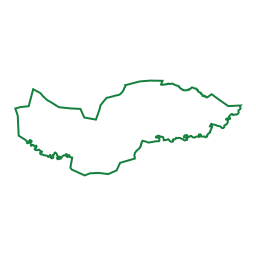 Orxon, Bulgan, Mongolia (Equal Earth projection)
{"feature_id": "93677404B53654733143860", "entity_name": "Orxon", "entity_type": "district", "adm_level": 2, "iso_a3": "MNG", "parent_name": "Mongolia", "parent_adm1": "Bulgan", "projection": "equal_earth", "projection_center": [103.912, 48.721], "detail": "fine", "context": "isolated", "style": "outline", "palette": "green", "viewbox_px": 256, "rotation_deg": 0, "n_neighbors": 0, "source": "geoboundaries", "source_scale": "gbopen_adm2", "svg_char_len": 5759}
<svg xmlns="http://www.w3.org/2000/svg" viewBox="0 0 256 256"><path d="M211.6,94.2L207.4,97.3L206.6,97.4L206.0,97.0L206.0,96.7L205.7,96.6L205.3,96.3L204.6,96.4L204.5,95.9L203.8,96.0L203.2,95.7L202.9,95.8L202.9,95.5L202.6,95.5L202.6,95.0L201.8,94.5L201.6,94.3L201.4,94.2L201.3,93.8L201.0,93.7L201.0,93.3L201.1,93.1L200.8,92.8L200.3,92.9L199.9,92.4L198.3,91.7L198.2,91.2L197.9,90.7L197.6,90.5L197.5,90.3L197.3,90.2L197.4,89.9L197.0,89.8L196.9,89.2L196.2,88.8L196.0,88.5L195.2,88.6L194.0,88.1L193.7,88.1L193.2,87.7L191.9,87.4L191.7,87.7L191.2,88.0L190.5,88.8L190.2,88.8L189.5,89.1L189.1,89.5L188.9,89.5L188.8,89.8L188.4,89.5L188.0,89.6L187.8,89.8L187.6,89.8L187.2,89.9L186.7,90.3L184.6,90.3L183.6,89.9L183.0,90.2L182.3,89.7L182.1,89.3L181.5,88.9L181.3,88.9L180.6,88.4L180.1,88.2L179.9,87.7L179.6,87.3L178.8,86.8L178.7,86.5L178.8,86.3L178.2,86.1L177.4,85.6L176.7,85.6L175.5,85.1L174.5,84.6L174.0,84.5L173.7,84.2L172.8,83.9L172.4,83.7L171.7,83.6L171.2,83.7L170.8,83.9L170.6,83.8L169.7,84.0L168.9,83.9L168.6,83.7L168.1,83.6L167.4,83.9L167.4,84.1L166.3,84.4L165.8,84.3L164.9,84.6L164.2,84.4L163.0,84.8L162.4,84.6L161.5,84.8L161.0,84.6L162.5,80.8L150.3,80.6L140.0,81.4L125.2,85.2L125.4,85.8L125.4,86.2L124.9,87.3L124.2,88.1L123.9,89.5L122.2,92.2L119.9,94.4L118.0,95.2L117.2,95.2L115.9,95.5L109.2,97.3L106.5,97.9L100.6,105.1L99.3,110.2L95.9,119.6L84.3,117.5L80.4,108.9L70.4,108.4L58.9,107.2L49.8,101.5L47.7,100.5L43.2,96.5L40.4,93.1L33.2,89.2L28.7,106.2L20.4,107.1L15.4,108.5L15.6,108.9L15.6,109.6L16.7,112.4L17.8,116.0L18.0,121.4L18.7,135.7L25.6,140.0L26.4,140.9L27.1,141.4L27.1,141.9L26.9,142.7L27.3,143.2L27.6,143.2L28.6,142.8L28.7,142.3L28.6,141.5L28.7,141.3L29.1,141.3L29.6,141.5L30.1,141.5L30.3,140.9L29.9,140.3L30.0,140.1L30.5,140.2L31.5,140.9L31.6,141.1L31.7,141.5L30.7,142.6L30.5,143.1L30.6,143.8L31.0,144.5L30.9,145.3L31.0,145.6L31.3,145.8L31.6,145.7L31.9,145.6L32.0,145.1L32.2,144.9L32.9,144.8L33.4,145.1L34.1,145.6L34.3,145.9L34.4,146.3L34.8,146.6L35.1,146.5L36.1,145.7L36.3,145.7L36.5,146.5L36.3,147.3L35.9,148.0L34.8,148.8L34.7,148.9L34.7,149.3L35.5,149.9L36.3,150.2L38.1,150.0L39.2,149.7L39.7,150.4L40.2,150.8L41.9,151.5L42.0,151.8L41.7,152.3L41.1,152.4L40.3,152.8L40.1,153.1L40.1,153.6L40.4,153.9L41.6,154.6L42.8,154.6L43.8,155.2L47.0,155.7L47.5,155.9L47.8,156.6L48.3,156.9L48.7,156.9L49.1,156.7L49.3,156.3L49.9,155.1L50.3,155.0L50.7,155.5L51.1,156.4L51.0,156.7L50.6,157.1L50.7,157.6L51.4,158.2L52.4,158.3L53.0,157.9L53.3,157.2L53.3,156.3L52.9,155.4L53.0,154.9L53.9,154.5L54.7,152.8L55.4,152.6L56.7,153.9L57.0,155.0L57.5,156.1L58.1,156.4L59.6,156.8L59.9,156.9L59.9,157.2L59.8,157.3L59.1,157.6L57.6,157.6L57.1,157.9L57.0,158.2L57.2,158.7L57.5,159.1L57.9,159.1L58.8,159.1L59.4,159.0L60.1,158.6L60.9,158.5L61.9,156.9L62.6,156.1L63.7,155.4L65.0,155.5L65.2,155.3L65.5,154.7L66.1,154.1L66.5,154.2L67.4,155.0L67.4,155.6L66.8,156.5L67.1,156.9L67.6,157.0L68.2,156.7L68.4,156.5L68.4,156.0L68.3,155.4L68.7,155.2L69.3,155.2L69.5,155.6L69.6,156.5L69.8,157.0L72.2,157.6L70.4,167.5L71.6,169.5L84.6,175.4L90.2,173.3L98.7,172.9L108.2,174.1L116.6,170.4L120.1,162.8L134.8,158.6L134.7,156.5L134.4,156.1L134.3,155.5L134.4,155.0L134.8,153.8L134.8,153.3L135.1,152.6L135.9,151.7L136.5,150.8L137.1,150.5L137.5,149.9L138.5,149.2L138.8,148.7L139.1,148.5L140.0,147.5L140.2,147.2L140.1,146.9L140.6,146.5L140.7,146.1L141.1,145.1L141.0,144.9L141.0,144.1L141.5,143.6L141.5,143.2L141.6,142.7L141.8,142.3L141.9,141.8L142.3,141.4L142.5,140.8L146.2,141.7L148.5,142.6L155.3,141.4L156.9,141.2L158.8,141.3L159.0,141.1L159.5,139.8L159.4,138.8L159.2,138.3L158.7,137.9L157.9,137.7L156.3,137.5L155.9,137.4L155.9,137.2L156.0,136.9L156.2,136.6L156.7,136.4L157.5,135.9L158.5,135.7L159.1,135.8L161.0,136.9L161.8,136.7L162.7,137.0L163.1,137.2L163.4,137.9L163.7,140.1L163.9,140.4L164.3,140.3L164.9,140.0L165.7,140.1L166.3,140.0L168.1,139.2L168.5,139.4L169.8,141.0L170.9,141.7L171.4,141.8L172.3,141.7L172.9,141.5L173.1,141.1L173.2,140.8L173.2,140.4L172.8,140.0L172.9,139.6L173.7,139.3L174.5,139.4L174.9,139.3L175.2,139.0L175.7,138.7L175.9,138.0L176.1,137.8L176.7,138.1L177.3,138.0L178.0,138.1L179.0,137.8L180.2,138.1L180.7,138.3L181.3,138.7L182.5,138.9L183.2,139.6L184.5,140.4L185.1,140.4L186.0,140.0L186.7,140.0L187.2,139.6L187.3,139.0L187.1,138.6L186.3,137.9L185.3,137.4L184.5,137.4L184.1,137.3L183.9,136.7L184.0,136.3L184.7,135.5L185.2,135.2L185.8,135.1L186.2,135.1L186.4,135.3L187.0,135.2L187.4,135.4L187.5,135.7L187.1,136.2L187.1,136.4L187.3,136.7L187.8,137.0L188.3,137.1L189.4,136.8L190.2,136.1L191.2,135.9L191.4,136.0L192.1,136.8L193.2,137.4L194.5,137.6L194.9,137.5L195.3,137.1L196.1,136.7L197.4,136.4L198.8,136.9L199.3,136.8L199.5,136.5L198.9,134.9L198.9,134.6L200.3,134.4L200.8,134.6L200.8,134.9L200.0,135.1L199.9,135.2L199.9,135.9L200.1,136.2L200.4,136.4L203.3,136.6L204.3,136.4L205.4,137.2L206.0,137.2L207.1,136.5L207.1,135.9L206.9,135.4L207.6,134.9L208.3,133.6L209.7,132.8L210.2,132.2L209.9,131.6L209.9,131.3L210.3,130.9L211.1,129.6L211.2,128.6L211.9,127.7L212.1,126.6L211.4,125.9L211.0,125.9L210.2,126.4L209.9,126.4L209.9,126.2L210.2,125.7L210.8,125.3L211.0,124.2L211.4,123.8L212.8,124.6L214.3,124.6L216.4,125.3L217.5,125.9L219.1,126.1L220.3,126.4L220.9,126.8L221.5,127.7L221.9,128.0L223.3,128.0L223.9,127.5L224.3,127.0L224.3,125.6L224.7,125.2L226.5,124.4L227.7,122.4L228.0,120.4L227.3,119.8L226.1,119.5L226.1,119.3L226.3,118.9L227.1,118.4L227.8,118.9L228.5,119.1L229.0,119.1L230.1,118.7L229.9,117.9L229.6,117.5L229.1,117.1L228.9,116.9L228.9,116.7L229.9,115.5L231.3,114.2L232.1,114.0L233.2,115.0L233.5,115.1L234.5,114.6L235.2,114.4L236.1,114.7L237.8,113.9L238.3,113.3L238.7,112.5L238.4,111.3L238.5,110.3L240.0,109.2L240.4,108.8L240.6,108.2L240.5,107.8L240.1,107.0L240.1,106.8L240.2,106.0L240.6,105.5L228.3,106.1L218.8,99.5L211.6,94.2Z" fill="none" stroke="#15803d" stroke-width="2"/></svg>